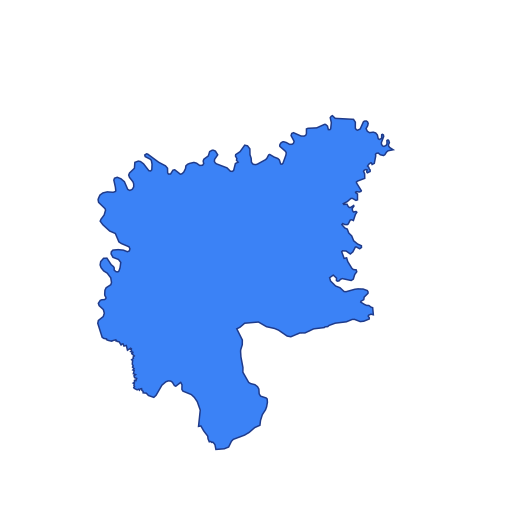 Rattanaburi, Surin, Thailand (Albers equal-area conic projection), rotated 327°
{"feature_id": "78962969B68568199624354", "entity_name": "Rattanaburi", "entity_type": "district", "adm_level": 2, "iso_a3": "THA", "parent_name": "Thailand", "parent_adm1": "Surin", "projection": "albers", "projection_center": [103.879, 15.335], "detail": "fine", "context": "isolated", "style": "filled", "palette": "blue", "viewbox_px": 512, "rotation_deg": 327, "n_neighbors": 0, "source": "geoboundaries", "source_scale": "gbopen_adm2", "svg_char_len": 6102}
<svg xmlns="http://www.w3.org/2000/svg" viewBox="0 0 512 512"><g transform="rotate(327 256 256)"><path d="M400.8,240.4L403.1,240.3L403.5,240.8L403.2,242.5L405.7,242.7L410.9,237.3L411.6,235.8L412.9,235.5L414.6,236.2L415.4,238.8L417.7,241.2L419.3,241.2L422.1,239.9L424.1,239.7L428.9,241.6L427.2,237.8L427.1,236.1L427.6,234.9L429.6,233.6L430.2,231.4L429.9,230.5L428.7,230.4L427.1,233.1L425.4,234.1L423.0,233.8L422.1,232.6L422.1,230.6L422.9,229.2L428.2,225.3L428.8,223.8L428.3,222.8L427.5,222.7L425.3,225.8L422.9,225.4L422.4,224.2L423.7,220.6L423.4,218.0L421.8,216.0L418.4,214.4L417.3,212.1L417.7,209.1L420.6,207.6L422.3,205.9L422.6,204.2L422.0,202.8L420.3,201.9L419.1,202.0L412.6,206.2L409.6,205.8L408.9,204.6L408.9,202.9L412.2,197.9L412.2,194.5L397.4,183.7L396.5,179.9L395.2,179.8L393.6,180.4L391.8,185.2L387.9,190.0L386.8,190.3L385.5,189.4L386.7,186.0L386.0,183.5L385.1,182.9L376.7,181.6L369.1,177.2L367.5,176.9L364.9,180.9L363.5,181.8L361.7,181.7L359.1,179.9L354.6,173.0L352.7,172.7L351.0,174.1L350.4,180.6L348.8,181.9L347.2,182.0L345.0,180.7L343.2,177.3L341.4,175.2L340.3,174.7L338.1,174.8L336.3,175.9L335.7,177.1L337.7,184.2L337.6,185.9L336.0,187.7L329.1,192.9L327.7,193.1L326.8,192.2L327.9,188.2L327.4,186.1L325.1,182.9L322.8,178.3L321.7,178.1L318.3,180.0L316.5,180.4L307.1,179.7L305.5,179.2L303.6,177.6L303.2,175.0L305.2,171.3L306.1,167.8L309.2,162.8L308.9,159.0L306.9,156.9L299.5,159.8L294.2,159.9L293.2,161.0L293.0,163.9L291.8,165.0L292.1,167.6L289.1,167.2L283.9,172.0L282.3,172.2L280.7,171.0L279.7,166.3L272.9,157.0L272.5,155.5L272.6,154.0L273.9,152.4L279.0,150.3L279.1,145.9L277.9,144.1L276.9,143.4L274.0,143.2L270.5,146.1L265.0,146.4L263.4,147.6L262.5,150.0L260.6,150.8L258.1,149.4L256.7,145.8L254.9,143.7L250.8,142.2L248.6,141.8L246.3,142.2L244.5,144.3L241.1,146.3L238.7,146.7L237.1,146.2L234.8,139.4L233.1,138.8L229.0,140.7L227.2,139.6L227.2,138.1L229.6,134.2L229.2,131.1L225.5,124.5L220.7,111.6L219.9,110.7L217.7,110.7L217.2,112.3L220.0,117.2L220.3,118.8L218.8,122.4L215.6,126.9L213.9,127.3L212.6,126.1L211.9,117.5L210.6,113.9L209.0,112.3L205.4,111.5L201.8,116.2L195.1,117.5L193.3,118.8L192.7,121.2L193.2,126.7L192.7,128.9L191.1,131.4L188.6,132.7L185.9,132.3L184.7,130.3L186.1,122.0L184.8,117.7L182.5,114.4L179.7,113.7L178.1,114.9L175.6,121.6L173.9,125.0L173.3,125.3L170.9,124.8L166.2,121.2L162.0,119.7L158.3,119.9L155.2,121.9L154.2,122.8L153.2,125.3L155.2,134.1L154.8,135.6L151.0,138.9L146.1,140.7L144.3,141.9L144.6,146.4L146.9,155.4L150.3,160.5L148.7,169.5L149.8,172.1L154.5,179.1L154.2,181.3L152.6,182.7L150.5,182.4L148.0,178.9L143.9,175.6L139.2,173.1L136.9,173.7L135.6,175.3L135.3,179.2L138.8,184.0L139.1,187.7L135.5,191.9L132.9,193.9L131.5,194.1L130.1,193.0L129.4,190.6L130.6,188.7L130.7,187.3L129.8,184.4L129.8,176.6L126.9,174.9L122.7,176.1L120.4,178.6L119.7,181.4L120.1,185.5L121.9,189.4L122.3,195.2L120.4,199.5L118.6,201.0L113.0,201.0L110.7,202.4L108.3,205.6L107.7,206.9L107.6,209.0L106.9,209.9L105.3,210.1L102.8,208.7L101.2,208.4L98.0,209.8L97.4,212.2L98.8,217.8L97.6,221.4L94.9,223.6L88.7,224.2L86.6,226.3L82.7,240.4L83.5,242.3L85.5,244.1L85.1,244.8L86.1,246.3L88.6,248.9L88.5,249.4L89.0,248.7L92.7,249.9L92.4,250.9L92.9,250.9L93.0,252.0L94.5,253.4L94.4,257.1L95.8,256.8L96.6,257.3L96.2,259.6L98.5,260.4L96.9,265.0L100.6,265.0L100.9,265.8L100.0,266.0L100.4,266.8L99.9,267.9L98.9,268.0L100.3,269.7L99.6,270.3L99.1,269.8L98.6,270.2L99.5,273.5L97.9,273.8L97.4,275.1L95.2,275.3L95.6,276.5L93.3,279.3L93.2,281.3L91.9,281.9L92.4,284.2L90.6,284.5L91.4,285.8L89.0,287.9L90.4,289.9L88.4,290.0L87.9,291.9L89.3,293.7L87.4,295.1L87.1,294.3L86.3,294.1L85.3,295.7L83.8,295.7L84.4,296.8L83.1,298.1L83.1,299.2L81.8,299.7L81.8,300.7L83.4,303.5L85.0,303.8L85.2,305.1L86.6,304.4L87.8,304.9L87.1,306.6L87.6,308.0L86.8,309.3L89.3,311.3L89.8,314.4L93.3,318.9L96.3,318.4L106.7,313.1L111.9,312.4L114.5,313.0L116.4,314.5L117.1,316.4L117.0,320.2L117.8,321.5L124.0,321.0L123.8,323.7L121.2,327.5L121.1,329.5L126.3,337.0L127.3,341.1L127.4,346.2L125.3,354.9L115.0,367.6L117.2,368.5L116.9,374.2L117.4,380.8L116.2,383.2L115.6,386.4L117.0,386.9L117.4,388.3L118.4,388.6L118.8,390.7L118.7,392.2L117.0,396.4L124.4,400.4L129.0,401.3L134.5,398.0L137.1,397.4L148.9,400.0L154.3,400.2L161.5,399.2L167.1,400.1L170.2,396.4L174.9,392.5L180.3,390.1L182.8,388.2L185.9,384.9L187.5,382.0L187.2,380.6L183.5,376.0L183.6,373.3L185.9,369.2L186.1,366.4L185.0,363.3L182.1,360.2L181.0,358.1L181.7,346.3L184.3,342.4L188.4,332.4L191.0,327.8L192.0,326.4L196.2,322.9L198.8,319.0L200.2,306.6L203.8,307.0L209.9,306.2L222.1,312.7L226.3,321.0L232.1,326.9L234.5,330.4L238.5,340.1L241.2,342.7L250.8,344.4L255.2,347.2L264.7,348.5L274.3,353.2L275.4,353.0L277.7,354.3L279.4,354.0L285.9,355.5L295.9,360.4L302.2,361.6L304.1,362.8L307.7,367.8L310.9,369.4L316.7,370.5L317.4,369.4L317.3,367.5L318.2,367.0L320.7,367.4L322.4,369.2L325.7,362.9L324.6,361.5L323.7,359.0L321.8,357.6L320.7,355.9L318.7,351.7L319.3,351.1L322.6,351.3L324.3,349.4L329.6,348.3L330.4,347.2L330.5,345.6L327.9,342.1L323.6,339.1L320.7,337.7L312.1,335.0L310.5,333.8L309.2,328.4L306.4,324.5L304.9,317.6L305.9,314.3L310.4,314.1L311.5,318.4L310.1,320.3L310.5,321.4L312.0,322.1L314.1,321.6L316.0,321.9L322.5,328.4L325.0,328.4L328.7,325.3L331.9,324.1L332.5,322.2L330.3,320.4L329.7,318.7L329.9,310.6L331.0,306.9L328.6,306.0L330.2,299.1L331.4,298.8L334.3,300.9L336.2,305.7L339.5,305.3L344.2,302.6L345.1,303.1L346.9,306.4L349.1,306.3L350.0,304.8L347.7,301.2L346.2,296.4L347.2,291.3L346.3,287.2L347.2,283.1L345.7,280.8L345.1,276.4L346.4,276.0L347.6,278.0L349.6,279.4L350.7,279.4L354.6,277.2L356.1,277.8L357.0,279.3L362.0,275.3L364.4,274.2L364.1,273.1L361.7,272.2L361.6,270.8L362.4,268.7L365.3,267.5L365.4,266.8L361.9,266.8L360.7,266.2L360.3,264.7L360.5,262.1L357.7,260.6L357.7,259.6L362.2,260.1L367.0,259.4L368.4,260.4L370.1,263.8L371.7,264.2L374.9,259.3L374.1,257.4L374.2,256.7L375.3,256.7L377.5,258.6L379.2,259.0L379.9,258.6L380.1,249.5L380.5,248.6L382.1,248.5L389.5,250.1L391.9,246.2L392.3,243.6L393.5,243.0L395.3,243.3L396.1,244.2L394.6,245.8L394.7,246.9L397.7,247.3L398.6,246.0L398.4,244.5L398.9,243.1L398.5,241.3L400.8,240.4Z" fill="#3b82f6" stroke="#1e3a8a" stroke-width="1.5"/></g></svg>